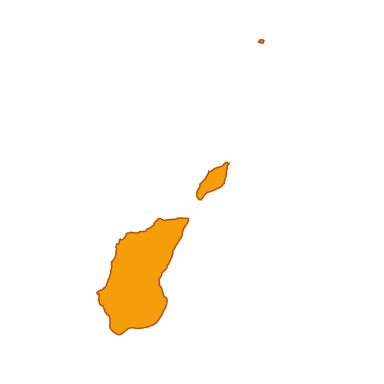 the district of Sabu Raijua, Nusa Tenggara Timur, Indonesia, rotated 147°
{"feature_id": "22746128B67076907647447", "entity_name": "Sabu Raijua", "entity_type": "district", "adm_level": 2, "iso_a3": "IDN", "parent_name": "Indonesia", "parent_adm1": "Nusa Tenggara Timur", "projection": "robinson", "projection_center": [121.777, -10.624], "detail": "fine", "context": "isolated", "style": "filled", "palette": "amber", "viewbox_px": 384, "rotation_deg": 147, "n_neighbors": 0, "source": "geoboundaries", "source_scale": "gbopen_adm2", "svg_char_len": 5947}
<svg xmlns="http://www.w3.org/2000/svg" viewBox="0 0 384 384"><g transform="rotate(147 192 192)"><path d="M313.4,108.3L312.1,107.3L311.2,106.8L310.7,106.6L309.6,105.8L309.0,105.7L307.5,104.8L305.9,104.3L303.2,103.1L301.8,102.7L300.3,102.5L297.0,101.7L295.7,101.6L294.0,101.7L291.8,102.2L290.3,102.8L285.9,104.6L283.4,105.8L282.7,106.4L280.7,107.7L280.3,108.1L280.1,108.4L279.4,108.4L278.8,108.5L277.6,109.2L276.3,110.1L274.4,111.8L272.4,114.0L271.4,115.6L271.2,116.5L271.2,117.3L272.2,119.3L272.2,120.2L271.9,121.5L271.6,121.7L271.2,122.7L271.1,123.3L271.2,124.0L271.0,124.7L270.7,125.7L270.1,126.9L269.9,127.7L269.8,129.1L270.0,131.0L270.0,132.6L269.6,133.2L269.3,133.2L269.1,133.0L269.0,133.3L268.5,134.0L268.1,134.8L267.8,136.1L267.6,136.4L267.3,136.8L267.0,137.0L265.9,137.2L265.3,137.6L264.7,137.7L263.8,138.2L263.0,138.6L262.4,139.1L261.9,140.1L261.2,140.5L258.3,141.0L255.3,141.8L254.9,141.8L254.4,142.0L252.8,143.8L252.5,144.0L251.2,144.1L250.8,144.3L249.3,145.5L248.9,145.7L248.5,145.7L248.2,145.9L247.1,146.9L245.1,148.0L244.1,148.6L241.5,151.0L240.7,152.4L240.2,153.1L239.2,153.3L237.2,154.2L236.2,154.8L235.8,155.3L235.4,155.5L233.8,156.1L232.3,156.9L229.6,158.1L227.8,159.0L226.5,159.2L226.2,159.3L223.8,161.1L221.5,163.7L220.3,164.7L218.3,166.2L217.1,166.6L216.5,166.9L216.2,166.8L215.7,167.2L214.6,167.8L213.4,168.2L211.3,169.3L210.1,170.2L209.8,170.7L209.7,171.4L209.5,171.7L209.9,172.0L210.0,172.3L211.0,173.0L215.3,176.1L218.1,177.9L218.3,177.9L218.7,177.6L219.0,177.6L222.1,178.9L227.5,182.1L229.3,182.8L230.2,182.7L230.6,182.8L231.2,184.1L232.2,185.5L232.7,186.4L233.0,186.8L233.4,187.0L233.9,187.5L234.6,188.1L235.0,188.0L235.2,187.8L235.6,187.8L236.3,187.4L236.4,187.1L237.8,187.3L239.7,186.8L241.1,186.2L241.4,186.0L242.0,185.3L242.9,185.0L247.4,184.8L248.4,184.9L249.6,185.4L250.0,185.4L251.0,185.0L251.9,184.4L252.3,184.4L253.1,184.6L253.5,185.0L254.4,185.5L255.1,185.6L255.4,185.8L255.5,186.2L255.8,186.2L256.2,186.5L256.7,187.1L257.1,187.1L257.5,187.0L257.8,187.2L258.2,187.0L260.6,187.6L261.1,187.9L262.1,188.7L262.9,189.6L264.1,190.3L264.7,191.1L264.7,191.3L265.0,191.4L265.4,191.4L266.1,191.6L266.3,191.8L266.4,191.7L266.6,191.7L267.9,192.3L268.7,192.4L268.9,192.5L268.9,192.8L269.6,192.7L269.8,192.5L270.4,192.5L270.5,192.0L270.7,191.6L271.0,191.5L271.3,191.4L271.7,191.1L272.0,191.0L272.2,190.8L273.1,190.5L275.8,189.9L276.5,189.9L277.2,190.2L277.6,191.1L277.7,191.6L277.9,191.6L278.2,191.5L278.3,191.4L278.5,191.2L278.7,191.4L278.9,191.3L279.7,190.2L280.2,189.7L280.9,189.2L281.0,189.0L281.1,188.6L281.3,188.4L282.4,188.4L282.9,188.5L282.8,189.1L283.1,189.4L283.3,189.4L283.8,188.9L284.0,188.8L284.4,188.3L284.9,188.1L285.2,187.8L285.5,187.7L285.8,187.3L285.8,186.2L286.1,185.4L287.8,184.0L288.7,182.6L289.2,182.0L289.3,181.8L289.6,181.4L291.8,179.3L294.1,178.2L296.6,177.2L296.8,177.4L297.1,177.4L297.4,177.2L297.6,177.2L297.7,176.8L297.8,176.6L297.8,176.3L298.0,176.1L298.7,175.8L298.8,175.1L299.5,174.6L299.4,174.4L299.6,174.1L299.5,173.9L299.4,173.8L299.4,173.5L299.9,173.1L300.1,172.7L302.4,170.7L303.2,170.4L303.4,169.9L303.6,169.0L303.8,168.7L305.2,167.6L306.4,166.9L307.0,166.3L307.4,165.4L307.6,165.2L308.1,165.0L309.3,164.8L310.2,164.0L311.2,162.8L310.7,162.4L311.5,162.6L312.4,162.2L313.7,161.4L315.0,160.0L317.2,159.3L317.5,159.4L317.8,159.3L318.1,159.4L318.5,159.2L318.6,159.4L318.8,159.2L321.0,159.0L322.2,159.6L322.5,159.7L323.2,159.6L323.6,159.7L324.4,159.6L325.1,159.5L325.7,159.6L326.0,159.8L326.3,159.8L326.3,159.4L326.6,159.0L326.4,158.8L326.4,158.5L326.7,158.2L326.7,157.8L327.0,157.5L326.7,157.3L326.1,157.3L325.7,157.0L325.7,156.7L325.9,156.2L326.5,155.3L328.7,152.9L329.1,153.0L329.3,152.7L329.1,152.5L329.1,152.3L328.8,152.1L328.7,151.8L329.4,150.6L329.7,150.5L329.6,150.2L330.1,149.5L330.4,148.5L330.4,147.6L330.5,147.5L330.4,147.3L330.0,146.9L329.9,146.9L329.7,146.3L329.5,146.0L329.5,145.6L329.3,145.6L329.3,145.4L328.9,145.1L329.1,143.1L330.3,138.1L330.2,137.4L329.7,136.8L330.0,135.7L329.8,135.5L329.9,135.0L329.8,134.8L329.5,134.7L329.4,134.6L329.5,134.1L329.4,133.8L329.1,133.6L329.1,132.7L329.5,131.5L330.3,129.5L332.8,125.8L333.9,124.6L334.5,123.1L334.7,122.1L334.8,121.3L334.6,120.2L333.9,116.7L333.4,116.2L332.8,114.3L332.3,113.5L331.6,112.6L330.8,112.0L330.3,111.7L329.1,111.5L327.0,111.4L324.8,111.6L322.5,111.9L321.0,112.1L320.6,112.1L320.2,112.2L319.9,112.1L318.0,111.7L315.7,110.6L315.3,110.2L315.2,110.0L314.9,109.9L314.7,109.7L313.4,108.3ZM190.2,183.1L190.2,181.9L190.0,181.6L189.4,181.3L188.7,180.5L188.2,180.4L187.5,180.8L185.8,181.2L184.4,182.1L183.7,182.5L183.0,182.7L182.4,182.7L179.7,183.2L178.9,183.1L173.0,181.5L169.0,181.2L168.1,181.0L167.8,180.8L167.1,180.8L166.3,180.6L164.0,180.6L162.8,181.2L161.6,181.7L161.1,181.7L160.5,181.7L160.3,181.6L158.2,184.2L157.7,184.2L157.6,184.4L155.4,186.2L154.7,186.6L152.1,190.1L151.5,191.2L151.2,191.2L150.2,192.2L149.9,192.3L149.3,192.6L149.3,193.0L149.2,193.0L148.8,193.3L148.5,194.4L148.2,194.8L147.7,195.2L147.4,195.1L146.4,195.0L146.0,195.3L146.0,195.5L145.5,195.8L145.8,195.9L145.9,196.1L146.1,196.9L146.3,197.8L146.7,198.0L147.6,198.3L149.3,198.2L151.7,197.4L153.2,197.3L154.4,197.7L157.2,198.7L159.3,199.2L160.2,199.3L164.6,199.1L166.9,199.9L166.9,200.0L167.1,199.8L167.1,199.3L168.3,198.8L168.3,198.6L168.3,198.3L169.7,198.0L170.2,197.6L171.9,197.0L172.1,196.8L172.0,196.5L172.1,196.4L172.9,196.2L173.4,195.9L173.9,195.7L176.1,195.4L178.1,194.8L180.7,194.4L180.9,194.1L181.1,194.1L181.2,193.9L181.5,193.7L181.7,193.2L182.2,193.0L182.2,192.7L182.3,192.4L182.8,192.1L182.9,191.9L183.4,191.7L183.5,191.4L184.6,191.3L186.7,190.2L188.2,188.9L189.3,187.5L189.9,186.8L190.2,186.0L190.4,185.3L190.5,184.3L190.2,183.1ZM52.4,279.1L51.4,278.2L50.9,278.5L50.3,279.4L49.5,279.3L49.4,279.6L49.2,280.0L49.3,280.2L50.2,281.4L50.7,281.9L51.8,282.3L52.1,282.4L52.1,282.1L52.3,281.9L53.9,282.1L54.1,282.0L54.3,281.9L54.5,281.7L54.2,281.3L54.0,281.0L53.3,279.7L52.4,279.1Z" fill="#f59e0b" stroke="#b45309" stroke-width="1.5"/></g></svg>